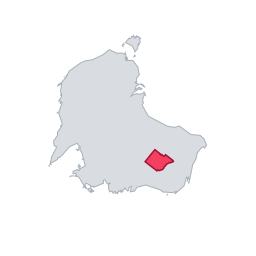 Wiluna, Western Australia, Australia shown in context, rotated 218°
{"feature_id": "25037944B27628401872150", "entity_name": "Wiluna", "entity_type": "district", "adm_level": 2, "iso_a3": "AUS", "parent_name": "Australia", "parent_adm1": "Western Australia", "projection": "robinson", "projection_center": [121.784, -25.366], "detail": "fine", "context": "in_parent", "style": "filled", "palette": "rose", "viewbox_px": 256, "rotation_deg": 218, "n_neighbors": 0, "source": "geoboundaries", "source_scale": "gbopen_adm2", "svg_char_len": 5964}
<svg xmlns="http://www.w3.org/2000/svg" viewBox="0 0 256 256"><g transform="rotate(218 128 128)"><path d="M170.3,58.0L172.5,69.2L175.4,68.7L178.7,72.0L179.0,78.9L181.0,81.3L181.2,87.7L182.6,91.0L192.0,97.2L195.4,107.3L196.5,107.8L196.8,106.0L198.8,107.8L199.2,106.9L199.8,112.1L201.0,113.6L203.7,115.2L208.5,123.8L207.9,129.6L209.4,136.6L205.6,149.6L203.3,154.3L198.2,159.6L192.9,170.2L191.0,178.2L182.9,180.1L178.6,183.5L176.1,183.8L176.6,185.7L173.0,182.9L173.7,182.2L173.5,181.5L172.8,181.5L171.4,182.7L170.5,182.0L172.2,180.8L171.3,179.9L165.8,184.2L157.8,182.1L151.8,176.8L151.9,172.7L149.2,169.0L150.4,169.2L150.5,168.1L146.1,169.2L147.5,166.4L146.1,162.4L144.3,167.0L141.1,167.4L141.7,165.9L143.2,165.9L145.6,159.6L145.3,154.9L142.9,159.9L139.6,161.8L137.4,164.7L137.6,166.2L136.3,166.0L134.4,164.4L135.6,164.4L134.9,161.4L133.0,158.1L131.4,157.7L131.2,154.8L119.2,149.8L98.4,153.6L91.8,157.0L88.8,161.2L74.5,161.5L66.7,166.6L61.5,166.3L55.5,162.8L55.3,159.3L56.8,159.9L58.0,157.8L58.0,150.8L55.4,145.5L54.4,138.8L47.4,124.9L50.1,126.4L48.5,122.1L49.6,124.6L51.6,125.4L48.2,116.7L50.5,104.7L51.0,107.5L53.3,104.4L61.4,98.9L64.2,99.2L78.9,94.0L84.4,86.9L84.0,82.3L86.9,79.1L89.4,84.2L90.6,81.3L89.1,79.3L89.5,78.1L94.3,78.9L92.8,78.4L93.8,76.4L93.0,74.6L95.5,74.4L94.6,73.1L96.7,72.9L96.0,71.0L97.9,68.8L98.0,70.1L99.5,69.9L99.6,67.5L101.8,68.4L103.1,66.4L105.4,67.8L108.4,71.1L107.9,73.9L110.0,71.2L114.3,73.0L115.2,71.5L113.3,69.5L118.5,60.2L119.5,60.8L121.3,58.5L121.9,59.5L127.1,58.8L127.0,56.6L123.5,54.9L124.1,54.4L136.7,59.1L140.4,57.4L139.5,59.2L141.0,60.2L142.9,58.0L144.6,59.8L142.5,64.0L140.3,64.3L140.4,67.3L138.3,71.9L149.6,80.4L152.7,81.2L153.6,83.3L158.7,84.6L162.6,77.3L163.1,66.7L163.8,62.6L165.1,61.7L164.1,59.9L167.4,52.1L170.3,58.0ZM169.5,192.9L175.4,195.2L182.7,193.7L182.5,200.0L182.1,198.9L181.2,200.2L180.6,204.4L178.2,202.7L176.2,206.5L173.1,206.2L173.8,205.2L171.3,203.3L170.6,200.1L171.7,200.7L169.3,196.2L169.5,192.9ZM117.6,54.4L121.2,54.4L122.3,55.6L119.9,57.9L117.6,54.4ZM139.6,170.5L145.8,170.3L143.1,171.4L139.6,170.5ZM143.5,66.7L144.2,69.0L141.9,68.6L142.3,67.0L143.5,66.7ZM208.2,122.8L208.3,120.2L209.3,118.0L209.6,119.6L208.2,122.8ZM181.6,189.1L183.5,189.7L183.5,190.6L181.6,189.1ZM117.2,55.1L118.5,57.3L116.1,57.2L117.2,55.1ZM167.6,189.5L166.5,189.3L167.3,187.8L167.6,189.5ZM155.5,79.4L154.4,80.1L153.3,80.5L153.9,79.2L155.5,79.4ZM47.4,124.3L46.5,123.0L46.4,121.8L46.6,121.8L47.4,124.3ZM183.0,191.4L183.7,192.0L182.2,191.5L183.0,191.4ZM200.6,112.4L201.4,112.4L201.3,113.6L200.6,112.4ZM181.5,87.6L182.5,88.3L182.3,88.7L181.5,87.6ZM177.9,205.0L177.9,206.0L177.1,205.7L177.9,205.0ZM209.1,130.6L209.1,132.1L209.1,130.6ZM126.8,54.3L126.2,53.7L126.6,53.4L126.8,54.3ZM143.8,54.4L142.9,55.6L144.0,53.6L143.8,54.4ZM209.4,128.9L208.9,129.4L209.2,128.9L209.4,128.9ZM144.8,75.4L144.3,75.7L144.6,75.1L144.8,75.4ZM141.7,66.6L141.1,66.7L141.5,66.0L141.7,66.6ZM56.2,98.9L56.0,99.9L55.7,99.8L56.2,98.9ZM166.4,51.6L166.3,52.4L166.1,51.8L166.4,51.6ZM172.7,181.9L172.8,182.3L172.6,182.2L172.7,181.9ZM142.7,55.9L141.5,56.7L142.7,55.7L142.7,55.9ZM96.1,69.8L95.7,70.4L96.0,69.7L96.1,69.8ZM178.4,204.2L178.0,204.4L178.3,204.1L178.4,204.2ZM154.9,82.2L154.3,82.1L154.6,81.7L154.9,82.2ZM93.7,74.0L93.3,74.3L93.3,73.6L93.7,74.0ZM181.6,202.1L181.0,202.4L181.2,201.8L181.6,202.1ZM166.8,49.5L166.8,50.0L166.4,49.7L166.8,49.5ZM172.4,182.5L172.9,183.0L172.0,182.8L172.4,182.5ZM193.2,97.1L192.8,97.1L193.0,96.5L193.2,97.1ZM196.4,105.9L196.2,105.9L196.3,105.4L196.4,105.9ZM169.8,192.1L169.7,192.5L169.6,192.0L169.8,192.1Z" fill="#d9dde1" stroke="#a8b0b8" stroke-width="1"/><path d="M77.6,113.3L77.4,113.5L77.3,113.8L77.2,113.8L76.9,113.9L76.8,114.0L76.7,114.2L76.7,114.3L76.6,114.5L76.4,114.8L76.3,115.0L76.2,115.0L76.0,115.3L75.9,115.5L75.7,115.8L75.7,116.0L75.4,116.3L75.3,116.6L75.3,116.8L75.2,116.8L75.2,117.0L75.2,117.4L75.1,117.5L75.1,117.8L75.1,118.0L75.1,118.6L75.2,118.8L75.3,119.0L75.3,119.3L75.4,119.5L75.5,119.7L75.6,119.8L75.6,120.0L75.6,120.3L75.4,120.4L75.4,120.5L75.3,120.8L75.2,120.9L75.2,121.0L75.2,121.4L75.2,121.8L75.2,122.0L75.3,122.1L75.3,122.3L75.3,122.7L75.3,122.8L75.3,123.0L75.2,123.3L75.2,123.5L75.0,123.8L74.9,124.1L74.8,124.3L74.7,124.4L74.7,124.5L74.6,124.9L74.5,125.0L74.4,125.1L74.3,125.4L74.3,125.5L74.2,125.6L74.1,125.8L74.1,126.1L73.9,126.2L73.8,126.3L73.7,126.4L73.4,126.5L73.2,126.7L73.2,126.8L73.1,127.0L72.9,127.1L72.9,127.3L72.8,127.5L72.7,127.6L72.4,127.8L72.3,128.0L72.2,128.1L72.2,128.3L72.1,128.5L72.0,128.8L71.9,128.9L71.8,129.0L71.7,129.4L71.7,129.5L71.7,129.8L72.2,129.9L73.2,129.9L73.2,130.1L75.1,130.1L75.5,130.1L77.0,130.1L77.3,130.1L77.5,130.1L77.8,130.1L78.0,130.1L78.3,130.1L78.9,130.1L79.8,130.1L80.7,130.1L81.2,130.1L81.4,130.1L81.5,130.1L82.0,130.1L82.0,127.8L83.2,127.8L84.8,127.9L84.8,127.4L85.7,127.4L85.7,127.1L86.1,127.1L86.3,127.1L86.5,127.1L86.8,127.1L87.0,127.2L87.1,127.5L87.3,127.5L87.5,127.5L87.8,127.5L88.0,127.5L88.3,127.5L88.5,127.5L88.8,127.5L89.0,127.5L89.3,127.5L89.5,127.5L89.8,127.5L90.0,127.5L90.3,127.5L90.5,127.5L90.8,127.5L91.0,127.5L91.3,127.5L91.5,127.5L91.8,127.5L92.0,127.5L92.3,127.5L92.5,127.5L92.8,127.5L93.0,127.5L93.3,127.5L93.5,127.5L93.7,121.3L93.7,116.6L93.8,112.0L93.7,112.0L93.4,112.0L93.2,112.0L92.9,112.0L92.7,112.0L92.4,112.0L92.1,112.0L91.9,112.0L91.7,112.0L91.4,112.0L91.2,112.0L90.8,112.0L90.7,112.0L90.4,112.0L90.2,112.0L89.9,112.0L89.7,112.0L89.3,112.0L89.2,112.0L88.9,112.0L88.7,112.0L88.4,112.0L88.1,112.0L87.9,112.0L87.7,112.0L87.3,112.0L87.1,112.0L86.8,112.0L86.7,112.0L86.4,112.0L86.2,112.0L85.9,112.0L85.7,112.0L85.4,112.0L85.2,112.0L84.9,112.0L84.7,112.0L84.4,112.0L84.2,112.0L83.9,112.0L83.7,112.0L83.4,112.0L83.1,112.0L82.9,112.0L82.6,112.0L82.4,112.0L82.2,112.0L81.9,112.0L81.7,112.0L81.4,112.0L81.2,112.0L80.9,112.0L80.7,112.0L80.3,112.0L80.2,112.0L79.9,112.0L79.7,112.0L79.4,112.0L79.2,112.0L78.9,112.0L78.9,113.3L78.7,113.3L78.4,113.3L78.2,113.3L77.9,113.3L77.7,113.3L77.6,113.3Z" fill="#f43f5e" stroke="#9f1239" stroke-width="1.5"/></g></svg>